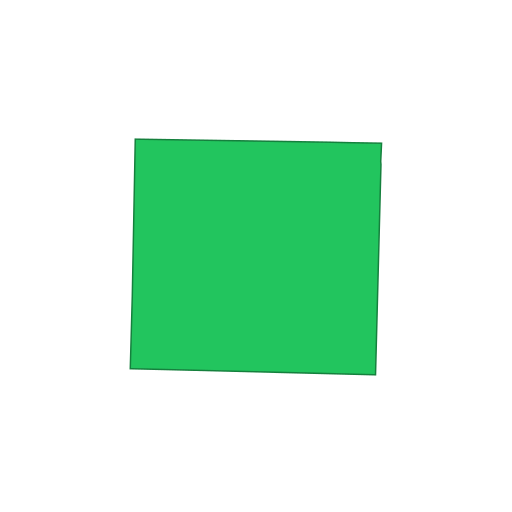 Coryell, Texas, United States of America (orthographic projection), rotated 212°
{"feature_id": "52423323B99652996528900", "entity_name": "Coryell", "entity_type": "district", "adm_level": 2, "iso_a3": "USA", "parent_name": "United States of America", "parent_adm1": "Texas", "projection": "orthographic", "projection_center": [-97.842, 31.39], "detail": "fine", "context": "isolated", "style": "filled", "palette": "green", "viewbox_px": 512, "rotation_deg": 212, "n_neighbors": 0, "source": "geoboundaries", "source_scale": "gbopen_adm2", "svg_char_len": 300}
<svg xmlns="http://www.w3.org/2000/svg" viewBox="0 0 512 512"><g transform="rotate(212 256 256)"><path d="M91.7,218.6L198.5,399.8L200.3,402.2L209.3,418.2L235.5,402.4L253.7,391.6L420.3,291.1L339.4,156.0L302.9,93.8L270.0,113.3L91.7,218.6Z" fill="#22c55e" stroke="#15803d" stroke-width="1.5"/></g></svg>